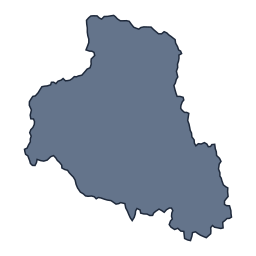 Pindobaçu, Bahia, Brazil (Natural Earth projection)
{"feature_id": "56859067B54064928423226", "entity_name": "Pindobaçu", "entity_type": "district", "adm_level": 2, "iso_a3": "BRA", "parent_name": "Brazil", "parent_adm1": "Bahia", "projection": "natural_earth1", "projection_center": [-40.338, -10.721], "detail": "fine", "context": "isolated", "style": "filled", "palette": "slate", "viewbox_px": 256, "rotation_deg": 0, "n_neighbors": 0, "source": "geoboundaries", "source_scale": "gbopen_adm2", "svg_char_len": 3140}
<svg xmlns="http://www.w3.org/2000/svg" viewBox="0 0 256 256"><path d="M29.4,101.7L29.3,105.3L31.4,110.0L30.2,115.1L30.8,118.8L33.5,119.0L34.5,121.6L34.3,124.4L32.9,127.5L30.8,129.7L29.7,132.7L31.2,136.1L30.3,138.9L30.3,141.9L28.5,145.0L27.1,148.1L24.5,149.3L24.9,151.7L25.6,154.3L27.9,155.9L28.8,158.5L29.7,160.7L30.4,163.4L32.4,165.4L35.0,165.5L36.5,162.5L37.1,159.4L40.6,160.6L43.8,161.1L47.2,160.1L50.7,156.7L53.5,155.6L55.7,157.8L57.3,160.4L59.6,162.5L61.7,165.1L61.9,168.0L64.7,169.5L67.6,170.3L69.2,172.7L71.5,175.2L73.3,177.0L75.1,180.0L76.1,184.4L77.6,188.0L80.4,192.1L83.4,193.9L85.5,195.9L88.0,196.3L91.6,196.0L94.4,196.8L96.2,198.8L98.3,197.5L100.8,197.9L104.1,199.1L107.2,200.0L111.0,200.6L113.2,202.1L116.0,204.1L118.8,203.6L120.7,202.6L124.9,203.6L125.7,207.9L127.5,211.3L128.7,214.3L130.3,217.8L132.2,220.6L134.2,217.4L135.3,213.9L135.6,210.9L137.0,208.5L140.1,210.0L140.7,213.1L143.7,213.9L147.1,214.1L149.8,215.5L152.6,215.4L153.6,213.1L155.7,211.3L159.0,209.1L161.6,210.5L164.2,212.3L166.5,209.7L169.4,208.0L171.5,208.1L172.8,210.6L171.8,213.1L171.5,216.3L172.3,219.0L170.5,221.0L169.2,224.6L171.0,227.2L174.6,229.5L177.8,228.3L180.8,231.1L183.8,231.4L184.2,235.2L184.6,238.5L187.5,239.9L190.5,240.6L191.9,236.2L192.5,232.6L195.5,231.8L197.9,233.6L200.5,235.2L203.9,236.7L206.3,237.7L208.5,235.7L210.7,233.7L210.9,231.0L210.7,227.6L212.5,225.5L214.5,227.2L217.6,227.8L220.8,228.5L223.1,227.9L222.7,222.3L224.8,220.6L227.0,218.5L229.4,218.4L231.5,217.1L231.0,213.6L230.9,210.8L230.2,208.2L229.5,205.8L226.4,205.6L224.5,204.4L224.5,201.0L226.5,198.4L228.1,196.5L227.6,191.7L227.8,187.9L225.8,186.8L223.4,184.9L221.8,180.5L221.2,178.1L219.9,176.1L219.9,172.7L218.5,169.0L219.2,164.1L221.0,161.4L219.5,158.3L216.6,155.5L216.3,151.7L215.3,148.8L214.7,144.3L211.8,144.6L210.5,146.5L208.3,146.7L206.9,144.1L204.4,142.6L201.2,144.0L198.3,143.7L195.9,145.8L194.4,143.2L194.1,139.9L191.9,136.9L191.5,133.0L190.2,130.3L189.7,127.5L189.0,124.1L187.7,120.6L188.3,116.6L188.8,113.4L186.7,112.4L184.5,112.4L182.2,110.4L180.7,108.4L180.9,105.6L182.2,102.0L183.8,100.0L183.1,97.3L179.9,96.4L177.1,96.4L176.0,93.3L174.8,89.1L173.9,85.5L175.3,83.1L176.3,79.4L177.8,77.0L177.1,74.2L176.4,71.2L177.7,67.6L177.5,64.1L178.5,61.1L179.0,58.2L178.9,55.1L181.6,53.6L180.6,51.1L178.6,49.9L177.6,46.8L175.6,43.1L175.1,39.6L173.0,38.0L171.1,36.5L168.8,34.9L166.8,32.9L164.1,31.7L161.6,33.8L158.5,33.8L153.6,29.6L151.1,27.1L143.8,26.9L140.9,27.5L138.8,29.1L136.1,28.2L133.7,27.2L131.2,24.1L129.2,21.3L126.5,20.7L122.9,20.8L120.3,20.8L117.4,18.9L115.4,16.7L113.7,15.4L111.0,15.8L107.5,16.4L104.2,16.5L101.6,19.1L99.2,17.9L97.1,15.9L93.3,15.8L90.8,16.0L88.6,17.9L86.5,20.3L86.7,23.9L87.3,27.9L87.3,32.2L87.8,35.6L88.8,39.1L88.8,42.6L87.4,46.4L86.0,49.9L89.5,51.1L91.8,51.2L94.0,52.4L94.7,55.5L91.2,59.0L91.0,61.7L91.2,64.1L90.1,67.7L87.1,69.1L85.0,71.6L81.8,75.2L78.5,75.9L76.5,76.8L74.3,76.6L72.1,78.7L69.9,80.2L67.7,80.6L65.4,80.8L63.1,78.5L61.2,80.1L58.0,81.2L55.9,83.6L53.6,82.2L51.4,82.3L50.6,84.8L47.3,85.9L44.4,86.2L41.9,86.7L40.1,89.5L38.1,92.8L35.3,95.9L32.8,96.4L31.1,98.9L29.4,101.7Z" fill="#64748b" stroke="#1e293b" stroke-width="1.5"/></svg>